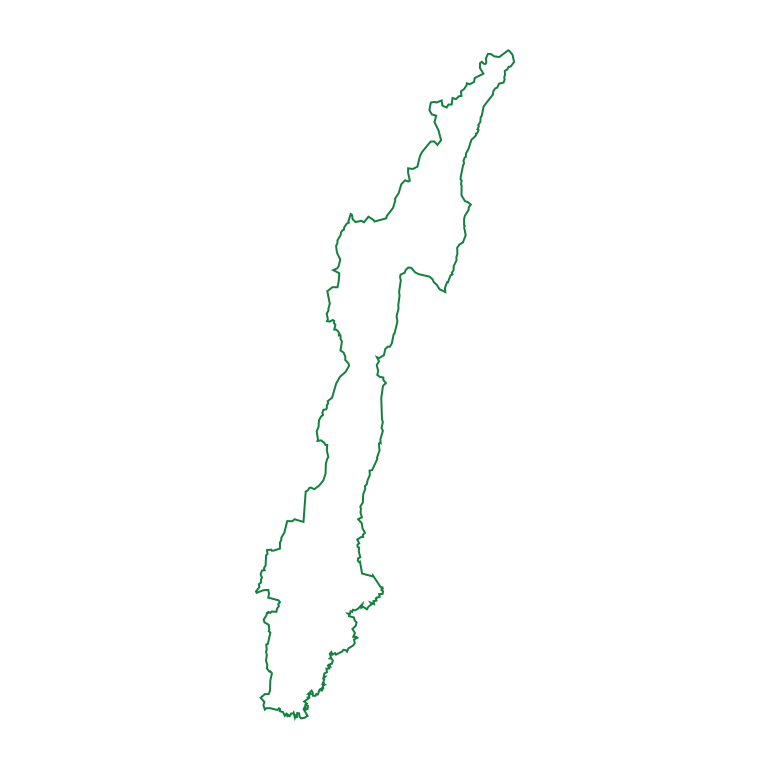 Bogotá, D.c., Bogota, Colombia, rotated 181°
{"feature_id": "7082276B37057214617227", "entity_name": "Bogotá, D.c.", "entity_type": "district", "adm_level": 2, "iso_a3": "COL", "parent_name": "Colombia", "parent_adm1": "Bogota", "projection": "robinson", "projection_center": [-74.157, 4.284], "detail": "fine", "context": "isolated", "style": "outline", "palette": "green", "viewbox_px": 768, "rotation_deg": 181, "n_neighbors": 0, "source": "geoboundaries", "source_scale": "gbopen_adm2", "svg_char_len": 6087}
<svg xmlns="http://www.w3.org/2000/svg" viewBox="0 0 768 768"><g transform="rotate(181 384 384)"><path d="M442.0,445.8L439.3,445.5L436.4,447.1L435.0,446.3L435.0,443.9L433.6,442.2L434.7,437.6L432.6,437.5L430.8,435.8L429.7,434.0L429.9,432.1L429.0,432.6L428.3,431.7L428.2,428.4L426.8,425.8L428.1,416.7L425.0,414.8L423.1,410.6L423.2,407.5L419.9,404.0L419.2,401.7L422.6,395.4L428.1,390.5L431.8,383.7L435.7,369.4L440.0,365.8L439.5,363.5L440.7,362.1L440.8,358.8L441.5,357.6L444.1,357.2L445.2,353.9L444.4,352.0L446.5,350.3L448.4,346.4L448.7,339.8L450.5,335.5L449.1,327.5L449.5,325.9L446.0,326.6L442.8,324.3L441.5,322.1L439.7,322.1L440.0,316.5L438.4,309.9L439.6,307.9L440.7,303.2L440.9,293.3L443.0,286.4L446.9,281.5L451.8,277.6L455.5,279.2L457.1,278.5L458.2,276.3L460.4,275.1L462.1,244.7L471.1,247.2L473.2,245.2L478.4,245.2L481.0,233.7L483.9,228.8L484.1,225.8L485.2,223.8L485.2,217.6L491.4,215.5L493.2,215.3L493.9,216.4L498.1,215.9L497.5,212.2L498.9,210.6L499.2,200.5L500.8,197.8L500.1,195.7L502.6,195.5L503.6,193.1L504.0,191.1L502.6,188.1L503.7,186.1L503.5,183.3L505.6,181.7L505.1,178.7L508.4,174.3L507.7,173.0L501.4,175.6L496.1,176.1L495.3,172.3L496.0,168.4L485.7,165.9L484.2,164.0L485.9,162.1L485.2,160.0L487.0,157.6L487.6,154.4L492.3,154.5L493.7,153.2L496.5,154.5L495.4,153.2L497.2,152.8L497.4,150.8L500.2,146.3L499.4,143.6L495.1,141.3L494.4,136.5L495.0,134.9L493.3,133.5L495.6,122.0L497.2,121.4L496.6,116.0L497.3,114.5L496.4,110.7L497.2,105.6L495.8,101.1L496.1,97.6L493.6,94.4L492.7,94.8L491.0,92.8L492.5,85.5L492.6,75.4L493.9,71.9L497.6,71.9L501.9,68.1L498.0,64.0L499.0,60.6L497.4,56.4L496.1,57.8L492.3,57.9L484.8,56.2L483.3,57.9L482.2,57.2L482.5,55.0L479.2,54.2L477.4,50.5L476.0,52.4L474.3,49.3L474.7,52.0L472.5,50.4L471.1,52.9L469.1,52.9L468.6,53.8L467.3,49.0L466.5,52.1L466.1,49.3L465.3,49.5L465.0,53.5L463.1,53.2L462.6,49.7L460.9,48.2L457.7,48.9L454.6,50.8L458.7,57.5L457.2,60.6L456.5,57.0L454.8,57.7L454.4,60.7L456.7,62.0L455.6,63.1L458.3,65.1L453.6,68.6L454.5,69.3L453.3,69.7L453.6,71.8L452.0,72.6L454.3,72.8L451.0,76.1L449.9,74.2L449.7,71.1L447.1,71.0L445.8,73.7L446.1,72.2L444.6,72.5L443.1,77.4L441.3,78.3L440.9,76.8L442.2,76.5L440.5,76.5L439.8,78.6L441.0,79.8L439.5,79.3L439.8,81.5L438.2,82.2L439.8,82.8L438.2,84.2L440.0,83.7L438.6,87.3L439.6,88.2L437.7,90.3L439.2,90.2L438.5,93.6L436.0,94.9L436.6,98.3L433.8,98.6L435.4,102.5L434.5,100.9L432.9,100.5L433.9,102.5L431.3,103.4L430.3,106.6L431.8,108.6L433.2,108.7L432.3,109.5L433.5,113.4L432.0,115.0L431.0,112.4L428.3,114.1L427.3,112.6L421.2,115.7L420.0,117.5L417.3,117.0L416.3,115.8L414.9,119.1L410.3,122.0L408.7,124.4L409.5,128.1L406.2,129.8L407.5,130.8L410.3,130.7L408.7,134.6L411.3,138.5L408.0,141.8L407.3,145.3L409.1,146.9L410.0,150.0L414.9,151.3L414.7,152.7L416.1,153.8L414.0,153.7L413.5,156.2L411.8,155.7L411.2,157.7L408.9,157.2L406.0,158.9L401.8,163.5L402.6,160.0L400.9,160.7L397.0,158.5L395.7,161.1L392.4,163.6L393.5,165.1L390.1,163.8L390.8,166.7L387.7,167.3L388.4,169.2L387.4,169.9L388.6,170.0L384.5,171.2L385.2,173.8L381.8,174.1L381.3,176.7L382.9,178.0L381.8,179.2L382.8,179.9L382.2,180.6L384.0,181.1L391.6,192.2L391.7,191.4L402.6,194.1L404.9,205.9L405.7,205.4L407.1,206.9L406.9,209.2L404.7,210.3L406.3,216.2L406.0,220.0L407.4,220.4L407.7,221.5L407.7,223.0L406.0,224.3L408.0,227.9L404.6,230.4L402.1,230.8L402.6,232.6L400.4,235.0L402.9,239.1L403.9,244.5L407.5,248.4L403.8,250.3L405.2,255.0L404.9,259.0L405.6,261.0L403.1,265.1L402.9,273.1L400.9,279.1L401.3,281.5L399.4,283.6L398.7,287.6L396.6,292.5L396.9,297.2L394.4,297.6L389.3,309.1L389.7,310.2L387.3,317.5L388.1,324.1L387.2,325.3L386.3,324.8L386.6,328.9L384.3,337.2L385.7,340.0L384.5,345.9L385.4,348.9L386.5,369.7L385.0,382.1L382.1,385.0L384.7,387.9L384.8,390.5L388.2,391.0L390.9,393.0L390.0,396.8L391.6,402.8L389.4,406.7L391.6,410.7L389.3,409.8L384.6,412.8L383.3,419.1L380.9,421.4L378.8,421.3L376.9,424.7L375.2,433.9L374.4,434.7L371.7,446.5L372.6,452.2L370.8,459.4L371.1,463.2L370.0,472.5L370.5,476.4L369.0,487.9L369.8,491.1L369.4,493.6L365.3,495.6L364.2,498.6L361.7,500.9L358.7,500.6L354.9,496.2L351.2,494.4L340.5,492.2L337.3,489.5L335.8,486.5L333.0,484.2L330.1,479.7L324.3,477.0L324.8,480.3L324.1,483.2L322.6,486.9L321.9,486.8L319.4,493.7L317.4,494.7L318.1,496.4L316.4,499.2L316.4,502.9L313.7,508.9L313.8,512.5L312.9,515.2L313.2,521.5L310.9,524.8L307.6,526.9L304.9,534.3L306.6,541.9L306.1,543.7L306.7,544.3L306.8,550.5L306.1,553.5L302.5,559.6L302.3,562.2L300.3,564.9L303.7,567.5L306.1,568.1L309.8,573.9L309.9,584.0L310.5,585.1L309.9,588.6L311.0,589.9L310.9,592.2L308.8,603.9L307.8,606.1L308.4,608.7L307.3,611.7L306.1,612.6L306.1,615.9L303.7,620.2L300.9,629.6L296.5,634.0L296.5,636.0L295.3,636.2L294.4,638.0L293.9,639.6L295.0,640.3L293.7,643.2L294.3,644.4L292.3,647.6L292.0,652.5L291.0,653.6L289.2,663.3L280.2,675.3L279.8,678.7L277.8,681.6L275.9,682.4L274.2,686.3L269.7,687.5L268.7,690.5L269.2,692.8L268.4,695.0L268.7,699.2L266.2,700.6L265.0,703.3L262.9,703.6L259.6,708.2L261.2,715.4L264.5,719.2L265.6,719.8L274.5,712.9L279.6,713.6L283.1,715.9L285.9,715.7L287.8,711.1L287.3,707.2L288.1,705.8L289.7,705.9L291.8,707.9L293.6,706.4L293.6,701.6L290.0,696.0L298.7,691.5L299.2,687.6L303.6,685.2L306.4,686.1L306.7,684.0L309.1,680.3L312.2,677.9L311.6,673.4L314.2,673.0L317.0,670.1L320.5,671.1L321.2,664.6L324.5,664.5L326.2,661.5L330.5,663.4L331.3,668.5L336.6,666.3L338.2,667.0L342.1,666.2L343.4,658.5L340.8,654.3L336.5,653.2L338.1,646.7L333.9,638.5L331.2,628.7L334.8,624.0L337.9,627.3L341.6,627.2L349.9,616.8L352.0,612.6L354.4,601.9L358.9,599.5L363.6,600.1L363.6,595.5L361.7,587.7L363.1,586.9L366.5,588.0L370.2,584.0L372.7,575.0L376.2,569.5L376.0,567.5L378.0,560.3L384.3,551.8L384.6,549.7L396.3,546.3L397.3,547.9L402.5,551.0L406.9,545.3L409.5,546.8L415.2,545.4L418.3,548.3L418.9,552.4L420.3,553.3L422.4,546.2L421.9,544.7L423.9,543.8L426.3,540.4L426.9,537.4L428.3,536.9L429.6,534.8L429.9,532.3L433.0,526.9L433.0,524.2L434.3,521.3L433.4,514.8L429.9,507.5L431.5,500.7L432.9,498.8L436.7,497.0L430.6,493.9L431.1,485.9L432.2,479.9L437.2,479.9L442.3,475.8L439.6,463.4L441.0,457.8L440.7,456.6L442.5,453.5L441.3,447.8L442.0,445.8Z" fill="none" stroke="#15803d" stroke-width="2"/></g></svg>